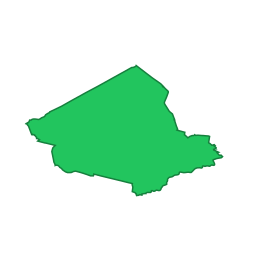 Ošupes pag., Madona, Latvia (Robinson projection), rotated 197°
{"feature_id": "27541924B56619269975985", "entity_name": "Ošupes pag.", "entity_type": "district", "adm_level": 2, "iso_a3": "LVA", "parent_name": "Latvia", "parent_adm1": "Madona", "projection": "robinson", "projection_center": [26.739, 56.805], "detail": "fine", "context": "isolated", "style": "filled", "palette": "green", "viewbox_px": 256, "rotation_deg": 197, "n_neighbors": 0, "source": "geoboundaries", "source_scale": "gbopen_adm2", "svg_char_len": 5197}
<svg xmlns="http://www.w3.org/2000/svg" viewBox="0 0 256 256"><g transform="rotate(197 128 128)"><path d="M207.3,120.7L207.6,120.5L207.7,119.7L207.9,119.5L208.6,118.9L209.6,117.8L210.1,117.2L210.5,116.7L210.7,116.4L210.8,115.8L210.9,115.3L211.1,114.9L211.2,114.6L211.6,114.1L213.4,112.7L213.9,112.2L214.6,111.2L215.2,110.6L215.6,110.2L216.1,110.0L217.8,109.7L218.6,109.6L219.9,109.3L220.9,109.0L221.7,108.6L222.1,108.3L222.3,108.2L222.9,107.3L223.1,107.1L223.5,107.0L223.9,107.0L224.3,106.9L224.4,106.7L224.4,106.4L224.4,105.9L224.4,105.2L224.6,104.8L225.3,103.9L225.9,103.2L226.7,102.5L226.8,102.3L226.7,102.3L226.2,102.4L225.4,102.6L225.4,101.8L223.7,100.7L218.2,93.6L217.9,93.9L217.8,93.7L217.7,93.7L217.2,93.6L216.9,93.7L216.7,93.9L216.3,94.0L216.2,94.1L215.8,94.0L215.5,94.0L215.5,93.9L215.4,93.8L215.3,93.7L215.1,93.7L214.8,93.7L214.7,93.6L214.4,93.3L214.3,93.2L213.8,93.0L213.6,92.8L213.3,92.7L213.0,92.4L212.6,92.0L212.4,91.9L212.3,91.6L212.3,91.2L211.6,91.3L211.2,91.4L209.2,90.9L210.5,89.1L210.4,89.1L207.6,89.2L205.5,89.3L203.0,89.4L202.8,89.5L201.7,89.6L200.1,89.7L199.9,89.7L192.5,90.1L193.9,87.4L194.0,87.1L194.1,86.8L194.1,86.5L194.0,83.6L193.9,83.1L190.7,77.2L190.5,76.9L190.2,76.3L188.9,73.8L188.6,73.4L187.9,72.7L187.0,71.6L186.8,71.1L186.7,70.9L186.5,71.2L186.2,71.4L185.6,71.5L184.0,71.7L183.5,71.6L182.8,71.2L182.1,70.7L181.7,70.4L180.2,70.0L179.5,69.7L179.2,69.5L179.1,69.4L178.6,69.0L178.4,68.9L178.2,68.8L175.0,67.8L172.9,67.7L172.7,67.7L170.7,68.3L169.9,68.6L169.0,69.0L168.9,69.1L167.5,70.4L165.6,71.4L165.4,71.4L163.2,71.5L160.2,71.6L157.6,71.6L153.8,71.5L149.9,71.3L149.7,71.3L147.1,72.1L147.1,72.8L147.2,73.4L147.3,73.9L147.1,73.9L146.5,73.9L144.8,74.1L143.1,74.1L141.9,74.2L140.5,74.2L133.8,74.6L120.2,75.4L119.3,75.5L118.6,75.5L117.0,75.6L116.5,75.6L110.8,75.9L110.1,76.0L108.3,76.1L107.6,76.1L107.6,75.5L107.5,75.1L106.7,73.8L106.3,73.2L106.1,72.9L106.0,72.4L105.5,69.5L105.3,68.4L102.9,68.3L102.1,68.1L101.7,67.8L101.4,67.6L101.1,67.6L100.9,67.5L100.8,67.2L100.6,66.8L100.3,66.5L100.2,66.3L100.3,66.3L100.0,65.9L99.2,66.3L98.7,66.6L98.0,66.8L97.6,67.6L96.2,67.8L95.8,67.8L95.5,67.8L95.0,68.0L95.4,68.8L95.4,69.0L92.8,70.2L92.6,70.3L91.9,70.5L91.7,70.5L91.7,71.1L91.6,71.3L91.3,71.6L90.9,71.9L90.2,72.2L87.7,72.9L87.5,73.1L87.4,73.2L87.2,73.5L87.1,73.9L87.3,74.3L87.3,74.5L87.3,74.8L87.2,74.9L87.1,75.0L86.9,75.1L86.7,75.2L86.3,75.2L85.6,75.0L85.3,75.0L84.9,75.1L84.6,75.1L84.0,75.5L83.6,75.8L83.3,76.2L82.9,76.7L82.8,76.8L82.2,77.0L81.9,77.0L80.6,77.1L80.1,77.2L79.7,77.4L79.2,77.7L79.0,78.0L78.8,78.4L78.7,78.9L78.6,79.4L78.7,79.8L78.7,80.1L78.2,81.3L78.1,81.7L78.0,82.3L77.6,83.0L77.3,83.3L76.0,84.2L74.9,85.1L74.6,85.4L74.5,85.6L74.7,86.0L75.0,86.6L75.1,87.1L75.1,87.6L74.8,88.6L74.8,89.0L74.8,89.3L75.0,89.8L75.2,90.7L75.1,91.1L74.8,91.7L74.2,92.8L74.0,93.0L73.7,93.1L72.8,93.6L72.2,93.9L71.7,94.2L71.1,94.7L70.9,94.9L70.7,95.3L70.3,95.8L69.7,96.4L69.3,96.7L68.1,97.2L66.7,97.9L66.2,98.3L66.1,98.5L65.8,98.9L65.8,99.1L65.8,99.4L65.8,99.8L65.9,100.2L65.8,100.7L65.7,100.8L65.3,101.1L64.8,101.2L64.2,101.3L63.3,101.4L62.3,101.5L61.7,101.6L60.8,101.9L60.3,102.1L57.7,103.3L57.2,103.4L56.9,103.5L55.8,103.6L55.4,103.7L55.0,103.8L54.7,103.9L54.6,104.0L54.4,104.2L54.3,104.4L54.1,104.7L52.9,107.0L52.7,107.5L52.5,107.9L52.1,108.5L51.6,109.0L51.2,109.4L50.9,109.6L50.0,110.2L49.4,110.4L48.5,110.7L47.8,111.0L46.6,111.1L46.3,111.1L46.2,111.2L45.5,111.7L45.4,111.9L45.3,112.0L45.5,112.6L45.5,113.1L45.4,113.4L45.3,113.5L45.0,113.6L44.6,113.7L44.0,113.8L43.8,113.8L43.4,113.8L43.2,113.8L42.9,114.0L42.4,114.3L42.0,114.6L41.8,114.7L41.3,114.9L40.7,115.1L40.4,115.1L39.7,115.2L39.2,115.2L38.8,115.3L38.5,115.5L38.4,115.6L38.2,115.9L37.7,116.6L37.5,116.8L37.2,117.0L36.8,117.2L36.0,117.2L35.3,117.3L35.1,117.4L34.8,117.6L34.6,117.8L34.5,118.0L34.5,118.4L34.8,119.0L34.9,119.3L36.7,121.3L36.9,121.4L37.2,121.9L37.3,122.1L37.2,122.3L37.2,122.5L36.7,122.9L36.5,123.1L36.1,123.3L34.7,124.4L34.1,124.8L32.8,125.5L31.6,126.1L30.5,126.6L29.9,127.0L29.4,127.9L29.2,128.3L29.4,128.4L31.2,129.3L32.0,128.7L32.6,128.6L35.6,130.4L34.3,131.3L37.8,131.8L39.6,132.0L39.9,132.6L39.7,132.7L38.8,133.4L38.5,133.5L37.7,133.8L38.4,134.3L38.1,135.0L40.5,136.1L39.9,136.6L39.7,136.7L40.7,137.3L42.7,136.0L43.1,136.2L45.4,137.2L46.5,137.4L46.6,137.5L47.5,143.8L48.6,143.9L51.2,143.3L54.2,142.7L54.3,142.6L58.3,141.7L58.9,141.6L61.5,140.6L62.2,141.1L62.7,140.3L62.8,140.0L62.7,140.0L64.5,139.5L64.9,139.1L66.1,138.3L66.2,138.2L67.9,136.1L69.3,136.9L70.9,137.6L71.9,138.1L72.0,138.1L72.4,140.2L72.4,140.5L78.9,140.3L80.6,140.3L80.2,141.3L80.4,141.6L81.4,142.9L82.1,143.7L85.5,148.6L86.1,149.1L85.7,149.3L86.2,150.1L86.5,150.4L86.6,150.5L89.6,154.4L89.8,154.5L92.7,155.7L93.5,156.1L98.7,160.6L99.8,161.5L100.4,162.3L100.7,163.1L100.7,163.8L100.5,165.7L100.3,167.3L100.1,169.5L99.9,173.7L100.0,174.3L100.3,174.7L100.6,175.0L103.9,176.6L105.4,177.5L105.4,177.3L106.2,177.6L106.4,177.6L106.7,177.6L106.8,177.6L107.4,178.3L107.1,178.5L109.5,179.8L119.6,183.1L121.2,183.7L126.6,185.7L138.4,190.1L138.4,189.6L138.9,189.1L139.6,188.2L140.0,188.1L140.3,187.6L142.2,186.9L168.9,159.2L178.6,149.5L190.7,137.0L198.0,129.3L206.5,121.5L207.3,120.7Z" fill="#22c55e" stroke="#15803d" stroke-width="1.5"/></g></svg>